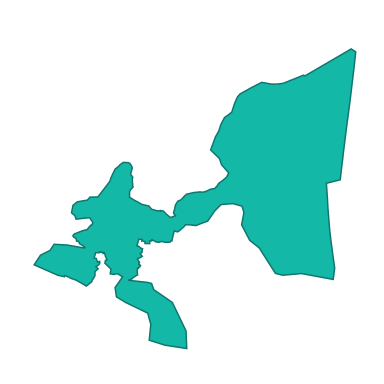 outline of Ijebu Ode, Ogun, Nigeria, rotated 275°
{"feature_id": "59680162B95372959647234", "entity_name": "Ijebu Ode", "entity_type": "district", "adm_level": 2, "iso_a3": "NGA", "parent_name": "Nigeria", "parent_adm1": "Ogun", "projection": "natural_earth1", "projection_center": [3.928, 6.783], "detail": "fine", "context": "isolated", "style": "filled", "palette": "teal", "viewbox_px": 384, "rotation_deg": 275, "n_neighbors": 0, "source": "geoboundaries", "source_scale": "gbopen_adm2", "svg_char_len": 5931}
<svg xmlns="http://www.w3.org/2000/svg" viewBox="0 0 384 384"><g transform="rotate(275 192 192)"><path d="M211.1,116.6L208.1,113.4L199.6,110.2L195.2,109.1L178.9,98.7L178.0,90.8L174.8,88.5L173.6,83.7L172.2,78.6L168.4,74.6L160.8,73.8L159.9,74.9L158.4,77.3L156.5,78.2L154.8,78.9L156.4,86.4L157.4,91.9L156.7,92.9L155.0,94.2L152.9,95.9L152.5,95.9L149.9,94.7L150.0,93.9L147.2,92.0L145.7,91.0L145.0,90.0L144.4,87.6L143.9,86.4L142.5,83.5L140.9,80.5L140.3,79.0L139.2,77.9L138.8,77.5L138.3,77.3L137.9,77.2L137.4,77.5L136.7,78.1L136.2,79.2L136.0,80.2L134.8,80.8L133.8,81.1L133.0,81.3L132.8,83.3L131.6,84.2L130.8,84.3L129.2,87.5L127.6,90.1L127.1,89.8L126.8,89.6L128.3,72.1L127.9,59.2L121.4,55.6L115.9,46.6L105.7,41.1L97.3,65.8L96.5,72.2L97.7,72.5L97.1,74.6L96.4,77.0L95.6,78.3L94.0,84.5L89.1,95.0L93.9,100.0L95.2,100.2L97.5,101.4L100.2,102.6L100.9,102.6L101.7,102.5L102.2,102.5L102.8,102.4L103.5,102.4L104.1,102.4L104.7,102.6L105.0,103.0L105.5,103.4L106.1,104.1L107.2,105.1L107.3,105.2L107.9,104.4L109.1,102.9L110.1,104.0L110.8,104.8L111.8,105.8L112.4,106.2L112.7,106.2L112.9,106.3L113.3,106.4L113.6,106.3L113.9,106.3L114.1,106.1L114.6,105.9L114.8,105.9L114.0,104.0L115.5,103.2L116.3,102.9L117.4,102.5L117.7,100.2L120.0,100.7L122.0,101.1L123.1,101.2L123.2,101.8L123.3,103.0L123.3,104.0L123.4,104.9L124.2,105.0L124.5,106.1L124.0,106.3L124.1,107.2L123.9,107.3L124.1,109.3L123.1,109.0L123.5,110.1L123.0,110.3L122.4,110.6L121.8,110.9L121.1,111.1L120.8,111.2L120.3,111.4L120.0,111.6L119.4,112.0L119.1,112.2L118.3,112.6L117.8,112.8L117.0,113.2L116.8,113.0L116.5,112.3L116.4,111.7L116.0,111.7L115.5,111.7L115.2,111.6L114.9,111.6L114.5,111.6L114.0,111.5L113.6,111.3L112.6,112.5L111.5,113.9L110.1,115.6L109.0,117.0L108.3,117.8L106.8,118.0L105.6,117.8L105.0,117.7L103.6,117.7L103.3,117.7L103.2,120.4L103.1,121.8L103.8,123.0L103.9,124.6L104.0,125.3L101.4,130.2L90.1,123.7L80.9,125.9L76.0,135.9L72.2,146.0L67.5,158.4L56.5,162.5L40.6,162.3L37.0,178.6L35.6,200.4L53.0,198.2L80.2,182.1L91.4,162.4L97.4,159.7L98.1,155.1L98.5,136.1L100.4,140.0L101.3,140.4L101.7,141.1L103.7,143.5L104.6,145.0L105.7,144.8L106.9,144.6L107.8,144.5L108.6,144.3L109.4,144.1L110.1,144.2L111.0,144.4L111.8,144.8L111.6,145.1L111.4,145.4L111.7,145.5L112.2,145.7L112.4,145.8L112.5,145.9L113.0,146.0L113.1,146.4L113.1,146.7L113.5,146.7L114.0,146.7L114.3,147.0L114.5,146.6L114.7,146.3L115.2,146.2L115.2,145.8L115.3,145.3L115.7,145.4L116.2,145.5L116.6,145.5L117.1,145.2L117.4,145.5L117.6,145.7L117.8,145.4L119.7,144.0L120.2,143.7L120.9,143.5L121.1,144.1L121.3,144.7L122.1,146.0L122.6,146.8L123.0,147.3L123.6,148.1L124.6,147.1L125.2,146.6L125.8,146.0L126.0,145.7L126.1,145.8L126.4,146.1L126.5,146.2L126.5,146.3L126.9,146.7L127.2,147.1L127.5,147.5L127.9,147.5L128.6,147.4L128.9,147.5L129.1,147.5L129.4,147.5L129.5,147.5L129.9,147.4L130.0,147.4L130.3,147.4L130.6,147.4L130.9,147.4L131.2,147.6L131.5,146.4L131.8,145.7L132.1,145.2L132.8,144.4L133.1,143.8L133.4,143.0L133.6,141.8L134.5,142.0L135.4,142.2L136.0,142.3L136.7,142.4L137.5,142.6L138.2,142.7L139.0,142.9L139.7,143.0L139.8,143.0L140.0,143.0L140.3,143.1L140.3,143.5L140.3,143.9L140.3,144.0L140.4,144.4L140.4,144.6L140.4,145.1L140.4,145.5L140.4,146.0L140.3,146.4L140.3,146.5L139.2,146.3L138.8,146.3L138.9,146.5L138.9,146.8L138.9,147.2L138.9,147.5L138.8,147.9L138.7,148.2L138.6,148.7L138.5,149.2L138.3,149.5L138.3,149.9L137.4,149.7L136.8,149.6L136.6,149.6L136.6,150.3L136.6,151.1L136.7,151.8L136.8,153.1L136.9,153.8L136.9,154.4L138.6,154.2L139.6,154.0L139.7,154.7L139.7,155.3L139.7,155.9L139.7,156.0L140.0,156.0L140.4,155.9L140.8,155.9L140.9,156.6L140.5,156.7L140.4,156.7L140.4,157.2L140.4,157.7L140.3,158.1L140.2,158.5L140.1,158.9L139.9,159.2L139.8,159.3L139.5,159.6L139.3,159.7L139.3,160.0L139.2,160.5L139.1,161.1L139.0,161.7L139.1,163.0L139.2,164.1L139.8,165.0L140.1,166.4L139.8,167.8L139.6,169.4L139.6,170.5L139.7,172.0L140.0,173.5L140.2,174.5L140.7,174.9L141.4,175.3L141.6,175.6L141.6,176.3L144.2,176.6L146.9,176.9L149.0,177.3L150.8,177.6L151.7,177.8L151.3,179.4L151.0,181.0L152.2,182.7L156.8,187.1L158.8,188.5L159.1,192.3L158.9,198.9L161.0,203.0L164.4,210.2L175.4,216.5L182.0,222.0L184.0,233.5L182.3,243.0L176.1,245.5L163.6,244.3L148.9,253.7L142.2,263.8L118.2,282.2L117.0,289.6L120.3,308.2L117.2,340.3L128.6,340.8L131.0,340.2L154.9,334.8L166.1,332.5L187.3,328.9L198.6,327.3L212.4,325.1L216.2,336.1L217.1,338.6L225.8,338.8L231.4,339.0L239.6,339.3L242.1,339.3L266.9,340.2L289.5,341.2L299.0,341.6L318.5,342.2L331.1,342.6L345.9,342.9L348.4,338.1L317.5,294.4L318.1,292.9L308.2,273.3L307.0,268.0L306.4,261.6L306.5,260.9L307.3,251.9L301.3,242.3L293.8,231.2L290.4,228.9L283.6,226.6L275.1,224.7L272.0,221.5L269.0,217.9L261.5,214.8L255.2,213.4L248.8,210.5L235.5,206.9L230.6,212.9L227.6,216.5L221.8,219.0L214.2,226.9L209.7,225.1L208.2,223.6L206.5,221.9L204.9,220.1L202.8,217.8L200.3,216.5L197.2,214.1L196.8,211.2L195.7,209.0L193.7,205.6L192.7,202.7L192.8,199.9L191.6,193.7L189.3,186.7L187.1,184.7L183.3,181.8L181.6,178.7L177.8,176.7L175.0,176.3L173.1,176.1L171.8,175.9L171.1,175.6L170.3,175.4L169.5,175.4L168.8,175.8L167.0,177.6L166.8,177.3L166.5,176.9L166.4,176.6L166.3,176.2L166.0,175.6L165.6,174.7L164.7,172.7L165.4,171.8L165.9,170.9L166.4,170.2L167.2,169.1L167.9,168.1L168.6,167.3L169.5,166.4L170.2,165.6L170.5,165.2L170.6,164.7L170.7,164.2L170.7,163.6L170.8,162.9L170.8,162.2L170.0,162.1L170.2,161.5L170.2,161.4L170.2,161.2L170.3,161.0L170.4,160.8L170.5,160.6L170.5,160.2L170.4,159.6L170.2,159.1L171.3,153.3L174.3,150.3L175.3,143.1L177.2,139.1L179.1,134.6L181.4,130.2L186.6,129.8L188.5,130.3L189.4,131.0L190.4,131.8L191.1,132.3L192.0,132.9L192.5,132.7L192.9,132.4L193.4,132.3L194.3,132.2L195.2,132.1L196.0,131.9L196.4,131.8L197.4,131.7L198.2,131.6L198.7,131.5L199.3,131.5L199.9,131.5L200.7,131.5L201.4,131.6L201.5,131.7L202.7,130.8L203.6,129.8L204.5,129.4L205.7,129.4L207.2,129.8L210.6,130.4L212.2,129.9L215.1,127.6L215.7,126.0L215.5,120.8L214.2,119.5L213.0,118.0L211.1,116.6Z" fill="#14b8a6" stroke="#0f766e" stroke-width="1.5"/></g></svg>